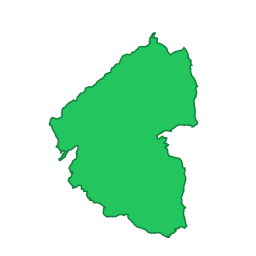 the district of Obarsia-Closani, Mehedinti, Romania, rotated 12°
{"feature_id": "2599482B76871015432444", "entity_name": "Obarsia-Closani", "entity_type": "district", "adm_level": 2, "iso_a3": "ROU", "parent_name": "Romania", "parent_adm1": "Mehedinti", "projection": "mercator", "projection_center": [22.671, 45.057], "detail": "fine", "context": "isolated", "style": "filled", "palette": "green", "viewbox_px": 256, "rotation_deg": 12, "n_neighbors": 0, "source": "geoboundaries", "source_scale": "gbopen_adm2", "svg_char_len": 5837}
<svg xmlns="http://www.w3.org/2000/svg" viewBox="0 0 256 256"><g transform="rotate(12 128 128)"><path d="M201.2,193.5L199.9,193.9L199.4,193.5L198.8,192.6L197.8,192.2L196.8,191.0L195.9,190.6L195.7,187.5L195.3,186.3L194.7,185.8L194.6,185.3L195.6,177.6L195.6,176.9L194.9,175.8L194.8,174.5L194.9,174.2L194.7,172.5L194.9,171.9L194.9,169.0L195.1,168.3L195.1,166.2L194.6,164.3L193.1,161.9L192.7,161.6L192.5,161.1L192.6,157.5L192.0,155.4L191.5,155.8L189.7,155.4L188.7,151.9L187.1,149.3L185.4,147.5L183.3,147.1L180.6,147.2L176.3,146.8L175.3,146.8L174.4,147.2L172.1,144.3L171.1,140.9L170.3,140.0L168.3,139.6L168.2,138.2L169.6,138.2L170.6,137.2L171.0,135.9L170.0,135.9L169.3,135.3L168.8,135.7L166.3,135.0L167.7,133.9L167.4,132.8L167.7,131.9L167.5,131.3L168.2,130.0L168.1,129.8L165.9,129.9L165.0,130.4L164.4,129.9L163.9,129.0L163.0,129.2L162.0,130.4L160.9,132.1L159.0,132.2L158.5,130.6L157.6,129.4L159.0,128.4L160.2,126.7L160.3,126.3L160.4,126.2L161.1,126.6L161.8,125.6L165.4,122.5L170.8,122.3L171.0,122.0L169.9,121.5L171.8,119.4L172.9,118.5L174.8,116.1L176.1,115.4L176.3,114.6L177.4,114.1L181.8,113.5L183.0,113.7L183.1,113.1L184.0,112.8L185.9,112.8L187.7,112.5L190.5,112.7L190.6,113.7L191.5,113.3L193.9,110.4L195.6,109.1L195.2,109.2L194.6,108.2L194.6,107.8L192.7,106.2L191.0,102.3L190.5,101.7L190.6,99.6L190.2,98.6L190.2,97.8L189.9,97.2L189.7,95.8L189.0,94.2L189.0,93.7L188.1,92.7L188.2,92.2L187.9,91.8L187.6,89.8L186.9,88.5L186.9,85.5L188.0,83.2L187.7,81.9L187.9,79.7L187.7,78.9L187.0,77.7L186.9,77.0L186.1,76.0L185.9,75.1L186.5,73.5L187.3,73.0L186.4,72.2L184.4,68.5L183.3,67.2L182.1,65.4L180.6,64.6L179.6,63.4L179.2,63.2L178.2,61.2L177.6,60.6L177.6,60.1L177.2,58.8L177.0,56.6L176.4,56.7L175.6,55.4L176.2,54.5L176.5,53.1L177.1,53.1L176.6,52.6L175.3,50.5L175.9,50.1L175.3,48.6L174.5,48.3L173.4,47.3L172.5,47.3L171.8,44.4L171.0,43.2L170.4,41.8L167.8,39.2L166.0,37.8L165.4,39.3L164.1,40.9L162.9,41.6L162.1,41.7L158.2,43.7L155.3,46.4L154.2,47.8L151.1,45.2L149.3,42.2L147.6,40.9L143.5,39.2L138.5,38.5L138.2,34.4L137.4,34.1L134.8,34.3L134.8,33.6L133.8,32.7L133.4,31.8L135.0,30.4L134.7,29.4L133.3,29.8L132.4,30.8L132.1,32.0L132.1,33.4L132.5,34.3L131.3,34.3L130.6,36.0L131.6,37.9L130.8,38.9L131.9,39.9L131.1,42.0L129.8,43.5L128.5,44.7L124.6,45.6L121.9,46.6L121.1,48.6L120.3,49.4L118.6,52.3L118.1,52.6L117.2,52.6L116.2,53.4L115.5,55.4L115.1,55.9L114.7,56.1L112.0,56.0L109.6,57.3L109.2,57.8L108.0,58.6L106.7,62.6L105.9,66.7L105.0,67.5L103.1,68.0L102.8,68.3L101.5,71.6L101.1,72.0L99.8,72.7L99.3,74.3L99.5,76.8L99.2,77.5L97.8,78.0L95.0,79.7L94.3,80.9L94.3,81.9L93.9,83.2L93.5,83.5L92.8,84.7L91.1,86.1L88.1,89.5L87.8,90.3L87.5,91.7L87.1,92.3L85.4,93.5L84.9,94.6L83.8,95.8L82.0,95.5L78.8,97.3L78.3,98.1L78.2,100.7L76.9,102.8L76.4,103.3L74.5,103.9L73.5,105.7L73.1,106.8L72.0,108.5L72.2,111.1L72.0,111.7L71.2,112.4L69.5,112.1L68.9,112.1L68.2,112.5L67.2,114.2L66.0,114.7L63.9,117.2L63.5,117.9L62.8,119.7L62.3,120.4L60.2,122.4L59.9,122.9L59.8,123.9L60.2,126.3L60.2,127.4L61.0,129.9L60.7,131.1L59.6,131.8L59.1,132.5L56.9,133.7L56.1,133.9L51.9,133.5L51.0,134.5L50.6,135.8L50.6,138.3L50.3,139.5L50.5,141.1L52.5,141.8L53.6,142.7L53.6,143.3L55.1,145.7L57.1,147.4L57.1,148.1L58.7,149.5L58.8,150.6L59.8,151.4L61.1,152.9L61.5,153.1L62.3,154.0L62.4,154.6L62.7,155.2L62.8,158.3L62.8,159.1L62.2,160.3L61.7,160.8L62.0,161.5L63.9,161.4L65.7,163.8L66.7,164.2L67.5,164.0L67.2,165.9L67.7,166.3L68.1,164.8L69.0,163.5L70.4,164.2L70.8,163.8L71.8,164.2L69.7,166.9L70.0,168.0L69.2,169.1L69.0,169.7L69.3,170.3L68.5,171.4L67.8,171.8L67.0,172.7L67.1,173.4L68.2,173.9L69.0,173.5L70.9,170.7L72.6,169.4L72.2,167.6L73.1,166.6L73.7,164.3L74.2,163.6L73.4,163.2L73.4,162.7L76.8,161.0L77.5,160.4L80.8,156.3L81.8,155.6L82.5,155.7L82.8,156.2L82.8,156.9L83.6,158.2L83.6,158.8L83.1,160.0L82.7,162.9L83.3,164.6L83.7,164.8L83.7,166.2L84.1,167.6L83.6,169.3L82.3,169.8L80.7,172.1L80.5,174.3L79.3,176.9L78.7,179.7L79.9,180.7L80.8,182.5L80.9,183.2L82.4,182.3L83.3,182.9L83.2,183.7L83.0,184.0L82.5,184.0L82.4,185.2L82.8,185.6L82.3,188.7L80.9,188.8L80.7,189.3L80.9,189.7L80.5,191.7L80.7,192.1L82.1,193.0L81.9,193.4L85.2,195.6L85.5,196.3L86.0,196.2L86.9,196.5L86.4,196.9L86.6,197.8L86.4,198.1L86.5,198.3L90.1,196.4L90.8,194.8L91.3,194.3L93.1,194.2L94.5,194.4L94.9,195.0L94.8,196.3L95.5,196.5L95.2,197.4L95.4,197.5L96.2,197.1L97.1,197.2L97.6,198.0L97.7,199.0L101.5,198.7L101.3,199.5L101.6,200.4L101.4,200.8L101.5,202.1L102.0,203.0L102.8,203.7L103.2,204.5L104.9,204.6L105.4,204.3L105.9,204.4L105.5,204.5L105.7,204.9L105.4,205.0L105.3,205.3L105.0,205.3L105.0,204.9L104.6,205.0L104.8,205.6L105.6,206.5L107.1,206.6L107.6,206.0L108.0,205.9L110.3,208.3L111.6,207.8L113.5,207.5L115.3,207.5L121.1,209.8L121.7,210.3L120.9,210.2L121.5,216.4L122.8,217.7L123.6,218.0L123.9,218.5L124.7,218.9L126.4,219.3L127.3,218.5L128.1,218.7L130.1,218.0L132.0,217.9L132.9,217.3L134.1,217.3L134.9,216.9L135.7,216.0L137.6,214.6L139.7,213.9L141.2,214.0L141.5,214.4L142.2,214.0L142.9,214.0L143.0,213.4L143.6,213.0L144.7,213.0L144.9,212.8L145.8,212.7L146.5,213.2L146.4,214.9L147.3,216.3L150.0,217.8L151.0,218.8L153.4,220.0L154.2,221.1L157.8,222.9L161.8,223.1L164.2,223.5L166.1,223.6L166.7,224.2L167.5,224.4L169.6,226.0L170.8,225.8L172.4,226.1L175.5,225.1L176.4,225.3L177.1,224.5L181.1,223.9L186.6,226.2L189.1,226.6L189.5,224.9L190.5,225.9L190.6,226.4L191.0,226.3L191.1,225.1L191.5,224.2L192.6,222.7L192.7,222.1L194.8,221.1L195.1,220.1L195.4,219.7L196.0,219.5L196.2,219.2L195.9,218.3L196.3,217.8L196.3,217.4L195.3,217.9L195.0,217.7L195.3,217.4L195.2,216.9L195.0,216.7L195.3,216.5L195.6,216.7L196.3,216.6L197.1,215.9L198.7,215.6L199.0,214.6L198.9,214.1L200.9,213.3L204.2,214.1L205.6,212.2L205.5,211.6L205.7,211.4L204.7,210.3L204.1,209.3L203.7,207.8L202.9,206.1L202.4,205.5L202.5,204.8L202.1,204.5L201.6,203.2L200.8,202.4L199.8,199.0L199.9,197.5L199.4,196.4L200.0,194.7L201.2,193.5Z" fill="#22c55e" stroke="#15803d" stroke-width="1.5"/></g></svg>